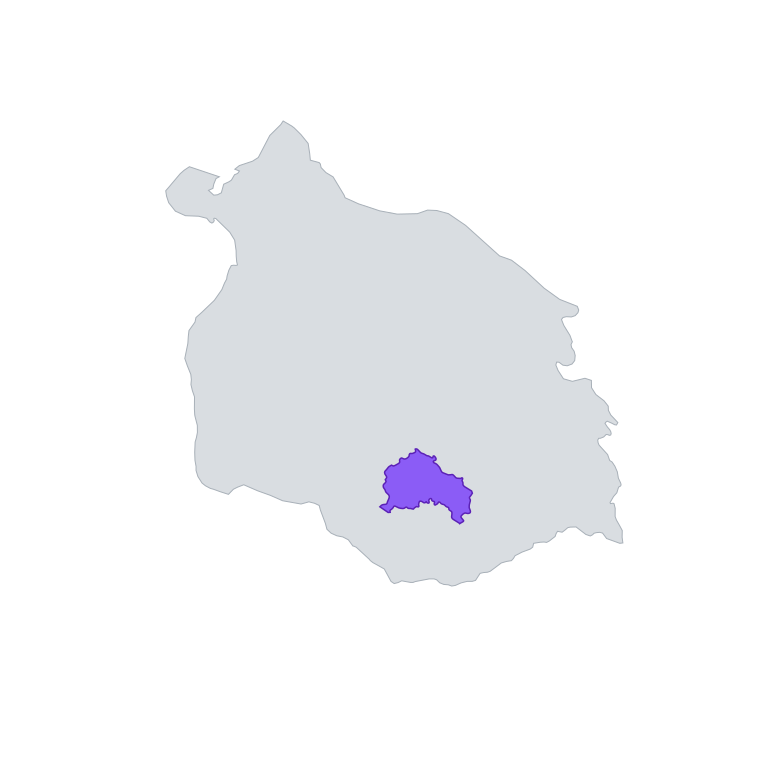 Cluj highlighted on a map of Romania, rotated 211°
{"feature_id": "ROU-296", "entity_name": "Cluj", "entity_type": "County", "adm_level": 1, "iso_a3": "ROU", "parent_name": "Romania", "parent_adm1": "", "projection": "equal_earth", "projection_center": [23.487, 46.867], "detail": "fine", "context": "in_parent", "style": "filled", "palette": "violet", "viewbox_px": 768, "rotation_deg": 211, "n_neighbors": 0, "source": "natural_earth", "source_scale": "10m", "svg_char_len": 6807}
<svg xmlns="http://www.w3.org/2000/svg" viewBox="0 0 768 768"><g transform="rotate(211 384 384)"><path d="M579.5,422.2L586.1,430.4L594.4,434.7L613.3,439.2L614.9,438.7L615.1,437.8L613.7,436.7L613.5,435.1L614.4,433.3L616.9,433.2L621.2,434.8L629.2,432.4L640.9,426.0L651.8,424.7L661.9,428.5L667.1,433.0L670.6,437.2L669.7,442.5L669.2,445.7L667.0,459.3L665.4,464.3L662.7,470.0L631.9,476.8L633.8,473.6L632.9,467.8L631.4,463.5L634.2,459.6L627.2,458.2L624.2,460.4L621.9,464.1L624.3,472.7L621.1,477.4L619.8,480.1L619.9,486.4L617.9,489.1L617.6,492.1L622.5,491.3L620.5,496.7L611.5,507.2L608.4,513.4L609.9,538.2L606.1,553.1L605.9,557.5L596.0,557.6L593.0,557.3L583.6,555.0L572.9,551.1L566.5,543.4L562.4,537.9L553.6,540.4L551.9,539.8L549.4,537.1L542.6,535.3L534.3,535.3L515.4,525.3L513.3,523.6L498.7,525.3L476.9,530.2L460.2,536.4L443.1,547.2L436.2,555.5L428.1,559.9L416.5,563.2L395.8,562.0L374.2,557.8L351.0,553.3L338.5,555.8L321.6,553.9L296.1,548.6L277.1,547.0L258.3,550.1L255.2,547.7L254.5,545.0L255.3,541.1L257.9,538.0L262.4,535.6L264.8,533.2L265.1,530.7L260.0,526.8L249.6,521.4L245.4,518.0L244.3,517.2L244.0,514.1L241.9,511.8L237.9,510.0L234.8,506.9L232.6,502.3L233.1,498.0L236.3,494.0L240.3,492.3L245.2,492.8L247.3,491.7L246.5,488.8L241.7,485.2L232.9,480.9L223.9,483.3L214.7,492.4L208.1,493.9L204.2,487.7L197.0,484.1L186.7,482.9L180.4,480.5L178.1,477.0L173.6,474.2L163.7,471.4L163.6,468.6L165.2,467.9L168.7,467.7L173.5,467.1L174.2,465.5L174.3,464.1L170.6,462.3L166.8,461.0L164.9,459.8L163.7,458.4L163.4,457.0L164.5,456.0L166.0,455.9L167.6,455.1L168.4,451.8L170.5,449.0L172.0,448.0L171.9,446.0L170.4,444.1L168.4,442.5L165.4,441.5L156.0,438.7L151.2,434.7L148.3,434.6L143.7,432.4L138.8,428.9L134.6,424.0L130.0,420.9L128.8,419.6L128.7,418.3L129.6,417.0L129.6,415.5L128.4,410.7L129.3,405.7L129.2,400.9L129.2,398.8L128.3,398.1L127.5,398.8L126.3,399.8L125.2,399.9L121.8,396.5L117.6,389.4L114.7,387.1L109.0,383.9L104.3,381.1L101.0,375.3L97.4,370.8L99.8,368.9L113.6,366.2L119.9,368.8L122.8,367.9L125.6,365.8L127.2,364.1L127.5,362.3L128.9,360.0L133.5,359.0L145.7,360.4L150.7,357.2L152.5,355.5L153.7,351.8L155.0,348.7L159.4,347.1L159.4,344.4L158.8,341.4L161.4,334.7L163.0,332.0L165.4,331.0L168.5,328.9L173.7,324.5L172.5,320.7L173.6,317.9L179.1,311.0L183.2,304.4L183.2,301.1L183.8,298.2L187.5,295.1L191.3,291.0L196.5,278.2L198.3,276.0L201.6,273.6L204.1,271.2L204.4,262.8L206.7,260.3L211.1,257.6L215.5,253.2L219.1,248.1L221.9,245.7L225.5,245.0L229.5,243.0L233.9,242.3L238.1,243.3L240.8,242.7L244.9,240.2L255.4,230.8L256.9,228.9L259.0,227.6L267.5,224.4L269.6,221.1L272.5,218.2L276.3,218.4L288.5,225.6L301.6,225.2L304.0,225.5L304.8,225.6L306.4,226.2L323.8,229.8L326.5,229.4L327.2,229.1L334.3,232.1L340.5,231.7L346.3,229.6L352.5,228.9L358.1,230.1L362.4,234.3L373.6,243.2L377.0,246.5L382.1,246.0L387.7,244.3L393.3,238.4L410.8,231.7L424.2,230.0L437.2,227.4L452.3,225.4L456.5,220.0L458.9,216.2L460.5,209.3L468.6,207.4L476.2,205.9L479.0,205.1L484.6,204.8L489.0,205.4L495.8,208.8L500.6,213.1L502.6,216.5L506.7,221.2L511.1,228.0L516.0,237.0L517.2,241.5L519.0,246.4L522.7,252.4L529.5,259.1L530.5,260.3L533.7,265.0L539.8,275.4L544.8,279.6L549.2,284.1L551.4,288.6L554.6,292.8L561.9,298.3L567.9,303.3L573.0,317.7L576.4,324.3L578.7,329.4L577.9,339.7L579.4,344.1L576.9,352.2L572.5,368.4L571.6,381.4L572.7,388.4L572.9,392.9L574.1,395.7L575.6,401.7L575.9,406.8L574.2,408.3L571.8,409.5L570.9,410.6L573.2,412.9L576.4,417.3L579.5,422.2Z" fill="#d9dde1" stroke="#a8b0b8" stroke-width="1"/><path d="M324.3,276.6L323.7,278.8L323.1,279.7L322.3,280.5L320.4,281.9L320.0,282.7L320.0,283.6L320.3,284.4L320.9,288.7L321.2,289.6L321.6,290.4L322.3,291.0L323.0,291.4L326.4,292.2L327.3,292.7L328.6,293.8L329.2,294.1L330.6,294.7L331.5,295.3L332.3,296.4L332.6,297.3L332.5,298.3L332.2,299.3L332.0,300.2L332.0,301.4L332.5,301.9L333.6,302.6L333.7,303.0L333.5,303.6L333.5,304.2L333.5,305.1L334.0,305.8L334.7,306.3L336.8,307.3L337.9,308.4L338.2,309.4L338.1,310.6L337.8,311.7L337.4,314.9L337.1,315.9L335.8,318.3L333.9,318.5L333.4,318.9L332.7,319.7L330.5,323.5L330.3,324.4L330.3,325.1L330.6,325.6L331.1,326.2L331.6,327.0L331.6,328.3L331.2,329.2L330.7,329.7L328.5,330.0L327.7,330.3L326.7,331.2L326.1,332.3L325.5,333.9L325.4,334.8L325.5,335.5L325.9,336.1L326.0,336.8L326.0,337.6L325.6,338.1L324.3,338.8L323.5,339.5L322.3,341.2L322.1,342.1L322.4,343.0L323.7,344.2L323.3,344.8L322.3,345.2L321.5,345.2L317.8,344.2L316.5,344.0L314.3,344.5L313.4,344.6L310.7,344.6L310.1,344.7L309.0,345.2L308.3,345.3L305.4,345.3L304.8,345.5L304.4,345.8L304.4,346.4L304.5,346.9L304.7,347.4L304.5,347.8L304.1,348.1L303.3,348.0L302.3,347.7L301.1,347.0L300.6,346.2L300.5,345.5L300.8,344.9L301.3,344.3L301.8,343.5L301.8,342.9L301.4,342.5L300.7,342.2L298.8,342.4L297.7,342.4L296.4,342.1L293.4,341.1L290.0,338.8L289.2,338.4L288.2,338.2L282.1,339.2L279.9,340.7L279.3,341.3L278.8,341.6L278.0,341.7L277.0,341.5L274.2,340.7L273.1,340.8L272.6,341.0L270.1,342.3L269.6,342.7L269.0,343.6L268.5,343.8L268.1,343.7L267.7,343.2L267.6,342.7L267.5,341.7L267.2,341.3L266.7,340.9L265.9,340.4L265.4,339.9L265.1,339.4L264.5,338.4L263.7,337.9L262.3,337.5L253.8,337.4L252.0,335.9L252.1,333.0L252.4,331.1L252.1,330.4L251.5,329.9L250.9,329.5L250.3,329.1L249.8,328.2L248.7,324.5L247.9,322.9L247.2,321.8L244.8,319.9L244.1,319.0L243.9,318.3L244.0,317.7L244.4,317.1L244.9,316.6L245.6,316.1L247.8,315.3L248.3,314.9L248.7,314.4L249.0,313.7L249.4,312.9L249.6,312.0L249.9,310.6L249.6,309.7L248.8,309.2L245.8,308.1L245.3,307.8L245.2,307.3L245.4,306.6L246.7,304.3L247.2,303.2L247.9,303.5L255.0,303.6L256.1,303.8L256.7,304.1L257.3,304.5L257.8,305.2L258.8,307.5L259.4,308.5L260.0,309.2L260.8,309.5L263.0,309.6L263.6,309.8L264.0,310.2L264.3,310.6L264.6,311.0L265.1,311.2L265.6,311.3L266.9,311.0L267.7,311.0L268.4,311.1L269.0,311.3L269.9,311.5L270.9,311.4L272.1,311.0L272.9,310.9L273.6,310.9L275.0,311.4L275.7,311.3L276.3,311.0L276.5,310.4L276.4,309.8L276.4,309.1L276.6,308.6L277.4,307.2L277.8,306.6L278.5,306.5L279.0,306.8L279.4,307.4L279.8,308.6L280.1,309.0L280.6,309.1L281.9,308.7L282.5,308.7L283.0,308.8L283.4,309.2L283.8,309.7L284.2,310.0L284.8,310.0L285.3,309.6L285.8,308.6L285.8,307.9L285.6,307.1L285.0,306.6L284.4,306.0L284.2,305.3L284.5,304.8L285.4,304.4L286.0,304.4L287.0,304.8L287.3,304.6L287.5,303.7L287.8,303.2L288.5,302.8L289.2,302.7L290.6,302.8L291.4,302.7L292.2,302.5L292.9,302.0L293.1,301.3L293.0,300.7L292.5,299.0L292.2,298.5L291.4,297.6L291.1,297.1L291.2,296.5L291.5,296.2L292.8,295.8L293.1,295.6L293.3,295.2L293.7,294.3L294.1,293.6L294.2,292.9L294.3,292.3L294.5,291.8L297.3,290.9L298.6,290.1L299.4,289.9L300.0,289.9L300.7,290.1L301.2,290.1L301.7,289.8L302.2,288.9L302.7,287.9L303.6,287.0L305.7,286.0L307.7,285.4L311.2,285.1L312.1,284.8L312.6,284.1L312.5,282.6L312.8,281.2L313.1,280.2L313.5,279.6L313.6,279.0L313.6,278.4L312.6,277.2L314.3,276.0L324.3,276.6Z" fill="#8b5cf6" stroke="#5b21b6" stroke-width="1.5"/></g></svg>